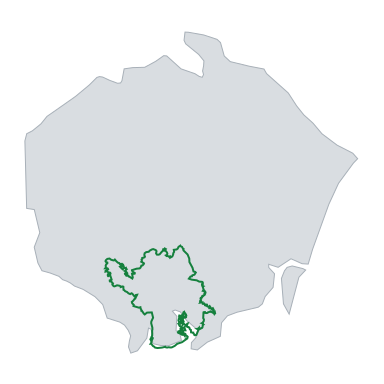 Port Loko, Northern, Sierra Leone (highlighted), rotated 269°
{"feature_id": "65957751B90762568654783", "entity_name": "Port Loko", "entity_type": "district", "adm_level": 2, "iso_a3": "SLE", "parent_name": "Sierra Leone", "parent_adm1": "Northern", "projection": "albers", "projection_center": [-12.858, 8.766], "detail": "fine", "context": "in_parent", "style": "outline", "palette": "green", "viewbox_px": 384, "rotation_deg": 269, "n_neighbors": 0, "source": "geoboundaries", "source_scale": "gbopen_adm2", "svg_char_len": 7335}
<svg xmlns="http://www.w3.org/2000/svg" viewBox="0 0 384 384"><g transform="rotate(269 192 192)"><path d="M352.0,187.8L351.8,191.1L348.8,206.5L344.1,219.8L340.9,223.1L327.4,226.6L321.7,232.5L316.8,251.3L313.7,266.1L309.1,268.6L289.3,290.0L276.3,298.1L267.2,305.1L258.7,314.2L247.9,323.0L236.3,337.9L228.0,353.4L222.4,358.2L218.1,353.9L198.2,338.7L177.3,328.6L132.7,311.6L117.9,306.9L118.4,300.8L123.5,289.8L115.2,276.8L118.4,267.4L115.2,267.4L108.8,273.1L95.2,271.4L86.2,263.3L78.9,260.4L75.7,256.3L71.0,234.9L67.6,225.3L60.8,219.3L47.2,217.8L41.6,204.7L34.0,194.6L35.2,188.4L41.4,188.8L46.2,193.3L54.0,195.2L63.7,184.3L72.3,178.3L74.3,173.1L73.2,170.3L68.0,174.7L53.7,173.6L50.1,177.5L43.7,178.8L38.8,166.0L39.0,158.5L41.1,150.2L55.5,148.8L56.7,146.1L46.7,144.3L34.2,134.7L32.0,128.0L38.2,125.8L44.1,126.8L49.3,128.2L54.9,125.8L60.1,122.2L63.2,117.5L67.4,105.0L81.0,100.8L89.0,93.2L96.6,81.3L100.0,72.9L103.2,68.7L105.1,65.1L106.6,61.1L110.0,57.5L113.5,48.7L115.9,40.6L123.7,36.7L139.6,33.3L154.0,39.1L177.2,34.0L178.5,26.4L199.8,26.2L225.0,26.0L246.0,25.8L253.2,27.8L255.9,33.4L262.8,42.2L270.1,48.3L279.1,61.7L289.6,77.2L300.9,91.3L308.2,98.9L309.0,101.5L308.5,104.6L305.0,111.8L302.0,119.5L302.3,122.5L304.5,123.9L316.3,126.3L317.4,134.9L317.5,146.9L323.3,158.0L328.8,166.1L328.5,169.1L315.3,183.2L310.2,197.1L307.5,201.1L306.5,204.2L309.2,205.6L312.8,204.7L318.0,205.8L322.9,206.2L329.4,201.1L340.2,188.3L343.8,186.7L352.0,187.8ZM113.5,301.5L112.0,304.3L104.9,297.4L68.2,287.0L78.5,281.5L104.0,279.9L111.6,283.1L115.0,285.8L116.3,290.9L113.5,301.5Z" fill="#d9dde1" stroke="#a8b0b8" stroke-width="1"/><path d="M122.7,105.4L122.9,106.1L122.4,106.2L120.9,104.8L119.9,104.4L118.1,104.6L117.2,103.9L117.2,106.0L116.9,106.5L116.1,106.8L114.7,104.2L113.9,104.1L114.3,105.6L113.3,106.6L112.7,108.8L111.9,109.1L110.5,108.6L111.6,107.1L111.2,106.5L110.4,106.3L109.5,106.5L109.3,106.7L110.2,108.5L109.7,108.9L105.8,110.1L105.1,108.2L104.4,108.2L104.0,108.4L103.9,109.7L102.2,111.2L101.8,111.4L101.2,110.7L100.7,110.8L99.3,111.9L99.0,112.6L99.2,113.5L100.0,115.4L99.6,117.7L98.9,119.1L98.2,119.1L98.8,121.1L98.5,121.7L95.4,121.8L95.0,122.6L94.0,123.4L93.1,125.4L91.8,126.7L91.0,128.4L91.8,129.7L91.4,130.5L88.7,132.6L88.8,133.4L90.0,134.1L90.2,135.3L89.1,134.8L88.5,134.0L87.9,134.1L86.4,133.4L86.4,132.9L84.6,131.6L83.1,129.9L81.7,130.3L80.2,131.8L79.0,131.5L77.3,136.8L77.7,138.4L76.1,138.6L75.6,139.1L74.1,139.3L74.1,139.9L73.2,140.3L72.4,141.1L71.5,141.4L70.4,142.6L72.2,144.9L72.3,149.7L67.0,150.9L63.3,149.1L61.6,148.9L57.1,150.0L55.1,150.0L54.1,149.7L50.6,149.8L48.6,149.5L47.4,149.0L46.7,150.2L46.3,150.2L44.2,149.1L42.4,148.9L41.0,148.0L41.0,148.5L38.6,150.4L38.1,151.4L37.1,152.3L36.6,154.8L37.0,159.4L37.7,162.6L37.3,162.8L36.9,164.3L37.2,165.9L36.9,167.9L37.0,169.1L38.4,172.0L40.5,174.6L42.0,179.4L45.2,184.1L45.3,183.9L45.5,184.3L47.2,185.2L48.0,184.6L48.7,183.3L48.9,182.0L48.6,182.0L49.4,181.4L49.4,179.6L50.7,177.6L51.4,175.8L51.9,175.6L52.9,175.9L53.5,178.1L55.6,178.1L56.2,179.3L57.3,179.1L58.1,177.4L60.6,176.1L60.8,176.6L61.2,176.8L62.5,176.8L63.6,176.2L65.1,176.5L66.5,177.2L67.3,176.9L68.7,177.1L68.7,177.6L67.6,178.1L67.2,178.4L67.4,178.7L68.4,179.2L70.2,180.9L71.9,181.4L72.3,182.1L71.6,182.2L70.8,183.1L68.9,184.0L69.3,184.3L69.3,184.7L69.1,184.3L68.2,184.1L67.8,183.6L66.9,183.8L66.5,183.1L66.5,181.3L65.7,180.7L65.7,180.3L65.4,180.7L63.9,180.7L62.7,181.4L61.6,181.1L61.0,180.6L60.9,180.1L60.7,180.1L60.2,180.9L60.4,181.2L60.1,182.0L58.6,183.4L60.5,185.1L60.6,185.4L57.7,184.1L57.1,185.9L56.9,185.8L56.4,187.0L54.7,187.5L54.1,188.5L51.7,188.6L51.4,190.7L51.0,190.6L49.5,191.9L49.0,191.9L48.7,192.6L49.0,193.9L53.7,195.9L54.7,195.6L55.1,194.8L55.3,195.8L56.0,196.5L54.6,196.4L54.5,196.7L55.1,197.6L55.1,198.2L55.8,198.7L56.0,199.8L56.8,200.2L58.6,200.4L59.1,201.0L59.3,200.5L60.3,200.7L60.7,199.6L61.0,200.2L62.7,201.5L64.4,201.7L65.7,201.0L71.5,201.4L71.7,201.8L71.7,202.9L70.9,203.1L70.7,204.4L70.9,205.4L71.5,206.0L71.5,206.4L72.1,207.9L71.9,208.3L72.3,208.7L70.9,210.7L70.8,211.6L69.8,212.1L70.2,212.3L70.0,212.7L70.2,213.0L72.3,212.6L72.2,211.7L73.2,211.1L73.9,211.6L75.5,210.8L75.2,210.3L74.5,210.1L74.4,209.8L75.3,208.9L75.5,207.4L76.0,207.6L76.5,208.4L77.7,207.6L76.9,206.4L77.5,205.1L79.1,205.0L79.2,204.4L78.3,203.4L78.5,203.0L79.4,203.0L80.3,202.3L79.9,201.5L80.0,200.8L81.5,200.7L81.2,198.1L81.7,198.4L82.6,198.1L83.1,198.3L83.3,199.1L85.3,198.7L85.4,199.3L86.1,199.2L86.4,200.1L87.0,200.1L87.4,200.9L88.0,200.7L88.5,202.3L89.2,202.5L89.3,203.0L89.9,202.7L90.4,203.3L90.7,203.0L91.1,203.4L91.6,203.2L91.8,203.6L93.0,202.8L92.6,202.3L92.9,202.0L93.0,201.2L94.0,201.8L95.0,201.7L97.2,201.0L97.6,201.7L98.2,200.5L99.2,200.4L99.4,200.9L99.9,200.6L100.3,201.2L100.8,201.3L101.7,201.0L102.0,200.5L102.3,197.6L103.6,195.2L104.4,190.1L105.4,187.4L107.5,189.0L107.7,190.5L108.7,190.9L109.3,193.0L111.4,194.4L112.1,193.7L112.5,192.1L116.2,191.2L122.0,188.2L125.5,188.1L129.6,186.5L133.7,182.5L134.3,182.3L135.1,182.6L135.4,182.0L137.3,181.1L138.1,179.4L138.5,179.3L137.4,177.6L135.6,176.7L134.8,175.6L134.5,172.8L132.5,173.1L131.1,172.2L129.9,172.1L127.9,171.2L126.7,169.0L128.1,168.8L127.7,167.7L128.6,166.4L128.4,165.5L129.1,164.8L129.5,165.8L130.7,166.3L132.0,165.9L133.6,164.7L133.8,163.5L135.4,164.8L136.0,163.8L135.0,163.3L135.3,162.3L133.6,161.7L132.4,160.4L130.3,158.6L129.9,157.5L130.0,155.8L131.3,155.0L133.5,155.5L134.6,154.7L135.6,152.2L135.3,151.0L134.1,148.7L133.0,147.7L132.7,145.2L131.6,143.6L129.9,143.2L128.2,143.8L127.5,143.4L126.9,141.1L126.1,141.2L125.4,140.4L123.8,140.7L123.1,140.1L121.8,142.5L121.3,142.7L120.9,142.2L120.5,142.3L119.4,141.2L119.3,140.1L117.3,139.2L116.5,138.3L116.3,135.3L114.9,130.6L114.5,130.6L113.1,131.7L112.0,133.4L111.4,133.3L111.2,132.6L111.3,130.6L107.6,131.3L106.5,130.8L108.3,128.1L108.5,127.4L109.5,126.9L109.9,125.3L109.4,125.4L109.4,124.9L110.6,124.2L110.9,123.7L111.6,123.5L112.2,124.1L111.1,125.1L111.4,125.8L111.9,125.9L113.6,124.7L114.2,123.5L115.9,125.3L116.2,124.8L117.3,124.6L117.0,123.9L117.5,123.0L116.3,121.6L115.8,121.5L115.9,121.3L118.7,118.6L120.0,120.3L118.8,121.3L119.2,122.3L120.6,121.8L120.8,121.3L121.4,120.8L121.3,118.5L122.2,118.0L122.6,116.7L124.1,115.1L125.8,113.7L125.0,112.9L125.0,112.1L125.7,109.9L126.9,108.4L126.6,106.2L125.3,104.7L124.4,104.3L122.7,105.4ZM69.9,181.1L67.4,181.1L67.0,181.6L67.2,182.8L68.5,183.7L70.3,183.1L71.2,182.1L69.9,181.1ZM55.0,180.1L54.6,179.7L53.6,180.0L53.8,183.0L56.9,181.9L56.4,181.2L56.6,180.1L55.0,180.1ZM66.8,179.2L65.1,178.1L64.4,178.7L62.0,179.4L64.1,179.3L65.0,179.8L65.9,179.6L67.2,179.7L66.8,179.2ZM52.1,178.1L51.6,177.0L51.1,177.1L49.8,180.1L51.4,179.3L52.1,178.1ZM51.7,180.6L51.7,179.8L50.9,179.9L51.1,180.6L51.7,180.6ZM50.2,182.9L50.7,182.0L50.8,181.7L49.7,182.2L49.9,183.0L50.2,182.9ZM63.0,178.5L62.6,178.4L61.5,178.6L62.3,179.0L63.0,178.5ZM46.1,148.1L45.6,148.2L46.8,148.7L46.6,148.4L46.1,148.1ZM55.9,179.2L55.5,178.5L55.2,178.7L55.5,179.2L55.9,179.2ZM47.1,149.1L46.8,148.9L46.0,148.6L46.5,149.1L47.1,149.1ZM68.5,179.6L67.9,179.2L67.6,179.5L68.5,179.6ZM49.9,180.3L50.3,180.7L50.3,180.1L49.9,180.3ZM44.9,148.1L44.6,148.3L45.0,148.4L44.9,148.1ZM58.7,179.7L58.8,179.8L58.9,179.4L58.7,179.7ZM46.9,149.5L47.0,149.2L46.6,149.3L46.9,149.5ZM51.3,176.7L51.6,176.5L51.5,176.3L51.3,176.7ZM45.6,149.4L45.4,149.2L45.2,149.2L45.4,149.4L45.6,149.4Z" fill="none" stroke="#15803d" stroke-width="2"/></g></svg>